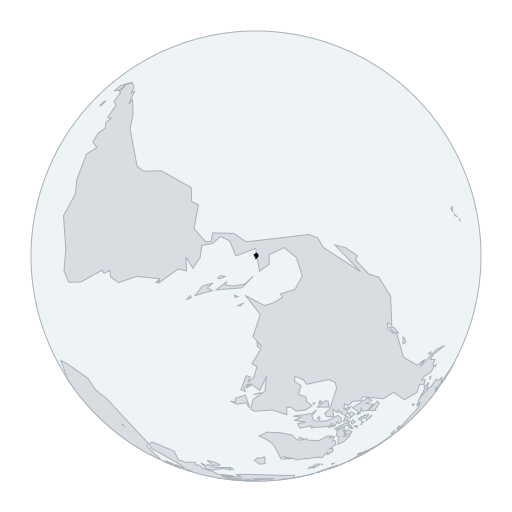 globe centered on Belize, rotated 153°
{"feature_id": "BLZ-1323", "entity_name": "Belize", "entity_type": "District", "adm_level": 1, "iso_a3": "BLZ", "parent_name": "Belize", "parent_adm1": "", "projection": "orthographic", "projection_center": [-88.107, 17.657], "detail": "fine", "context": "on_globe", "style": "filled", "palette": "ink", "viewbox_px": 512, "rotation_deg": 153, "n_neighbors": 0, "source": "natural_earth", "source_scale": "10m", "svg_char_len": 9700}
<svg xmlns="http://www.w3.org/2000/svg" viewBox="0 0 512 512"><g transform="rotate(153 256 256)"><circle cx="256" cy="256" r="225" fill="#eef3f6" stroke="#a8b0b8"/><path d="M294.4,291.5L289.1,289.4L284.1,296.3L265.5,286.2L258.4,273.1L199.2,251.2L192.7,244.1L192.1,232.9L170.1,194.8L180.7,230.0L172.5,222.8L165.6,210.1L169.1,207.3L163.9,188.9L156.3,181.5L154.3,159.1L166.5,132.6L169.2,137.1L171.8,130.8L168.6,125.1L165.8,123.0L170.5,98.8L162.0,85.6L152.5,87.3L160.0,82.9L137.4,90.9L128.4,90.6L142.8,87.6L147.5,84.8L143.5,82.5L147.5,79.3L147.8,76.6L152.9,73.2L160.9,72.4L164.4,70.5L161.4,69.0L164.6,65.3L168.5,67.5L174.5,61.4L189.0,60.6L195.4,72.1L207.6,71.1L225.3,82.4L227.9,79.4L236.2,82.7L242.3,80.8L243.9,84.1L247.4,79.8L244.8,77.2L245.5,74.6L248.9,73.4L251.5,77.1L250.1,78.3L252.6,78.8L252.5,81.4L254.5,79.4L257.2,84.6L259.5,77.9L265.8,80.7L266.3,84.6L259.7,86.2L244.3,101.5L242.7,107.1L247.1,112.8L269.1,118.7L270.0,124.6L276.1,131.1L278.6,126.5L274.8,120.0L280.9,113.8L275.4,107.3L277.1,104.1L274.2,97.2L281.7,96.3L290.6,99.5L293.5,105.4L297.5,107.3L300.5,100.5L311.3,111.3L328.1,118.5L330.1,121.9L323.8,129.5L309.3,131.6L301.1,144.2L313.6,134.5L318.5,144.3L322.3,145.5L326.2,144.4L327.1,140.3L330.3,143.6L319.1,153.8L316.1,150.9L319.7,147.5L312.9,148.9L305.4,157.0L308.4,161.9L293.9,170.9L295.9,174.8L293.8,179.4L291.6,172.3L295.3,185.5L278.7,201.9L283.4,225.8L271.0,207.9L261.8,206.3L250.9,207.2L251.5,211.1L236.4,208.6L223.8,217.2L220.7,236.3L227.1,250.8L243.7,251.1L248.0,242.8L259.9,240.7L252.9,262.9L273.8,265.2L272.6,281.5L278.9,289.6L289.0,286.8L299.5,290.0L306.5,280.0L317.9,273.8L318.9,286.9L324.7,274.2L331.4,279.8L353.8,276.3L352.3,279.6L371.3,291.9L390.6,294.8L395.0,303.2L392.9,309.4L399.3,309.6L399.3,313.3L423.5,312.3L434.8,317.5L433.7,330.2L422.7,347.8L409.2,379.3L388.6,393.5L381.0,405.4L360.8,423.8L348.6,425.0L349.6,431.6L340.9,437.0L332.3,438.5L328.8,443.5L322.3,444.4L325.2,446.9L312.1,454.0L312.6,458.1L302.3,463.1L303.0,465.2L300.1,465.4L296.3,466.6L295.1,467.8L287.4,466.5L288.2,461.3L293.2,458.1L289.4,457.9L300.2,449.4L295.1,451.4L301.0,438.4L310.5,426.3L321.3,389.7L317.6,382.5L301.7,374.9L282.7,346.4L288.6,333.5L284.1,327.7L298.8,308.5L294.4,291.5ZM59.0,211.1L60.4,205.9L61.0,209.8L59.0,211.1ZM60.3,202.4L60.0,204.2L60.1,202.6L60.3,202.4ZM59.8,201.0L60.2,202.0L59.5,201.3L59.8,201.0ZM58.8,199.7L59.4,200.2L59.2,200.3L58.8,199.7ZM283.0,234.1L306.9,243.8L294.1,246.3L296.4,244.0L290.2,239.7L278.9,236.1L267.4,239.3L283.0,234.1ZM57.9,196.3L57.8,195.2L58.5,195.2L57.9,196.3ZM292.0,220.1L287.9,219.5L291.8,219.1L292.0,220.1ZM163.9,122.7L168.1,125.4L169.5,132.1L165.6,130.1L163.9,122.7ZM161.8,111.1L164.9,111.0L161.7,117.0L160.9,115.2L161.8,111.1ZM144.8,89.6L147.4,90.8L143.5,90.9L144.8,89.6ZM147.0,76.8L145.0,77.7L146.0,76.0L147.0,76.8ZM270.2,98.2L272.2,97.7L271.7,99.2L270.2,98.2ZM267.1,95.8L265.2,98.0L263.5,97.2L264.7,95.9L267.1,95.8ZM154.8,69.4L157.1,66.8L156.1,69.3L154.8,69.4ZM269.9,93.5L260.6,95.6L257.6,94.3L259.6,88.3L269.9,93.5ZM159.3,65.2L164.8,59.4L160.8,60.5L175.2,54.8L165.8,61.2L165.2,63.9L162.8,63.5L159.3,65.2ZM242.6,76.9L245.5,79.6L239.9,78.6L242.6,76.9ZM238.9,77.0L220.9,78.8L218.3,74.8L224.8,74.7L219.0,70.8L226.6,67.8L231.5,69.3L231.6,72.5L234.4,69.0L238.9,77.0ZM182.3,52.9L184.8,51.7L183.7,52.9L182.3,52.9ZM245.4,73.5L242.0,74.0L239.5,70.4L245.8,68.8L244.6,70.4L245.4,73.5ZM213.7,71.5L213.0,68.8L218.9,65.5L219.5,64.2L226.5,67.5L213.7,71.5ZM246.9,70.6L249.1,68.1L253.4,68.8L248.5,72.8L246.9,70.6ZM236.2,70.3L235.3,68.6L237.9,69.0L236.2,70.3ZM269.7,70.6L265.7,70.9L264.0,69.0L269.7,70.6ZM249.7,67.1L248.2,66.9L247.1,66.3L249.4,64.9L249.7,67.1ZM230.2,65.1L232.8,64.5L227.6,63.6L231.8,61.5L235.8,64.2L235.9,62.1L237.2,61.5L238.9,64.5L230.2,65.1ZM248.5,61.7L254.9,65.0L262.8,64.7L264.4,66.3L251.6,66.6L248.5,61.7ZM242.7,63.0L246.7,62.5L246.8,64.5L244.1,66.2L242.7,63.0ZM233.3,59.2L225.8,61.7L225.2,61.1L233.3,59.2ZM250.7,61.1L249.1,60.4L251.3,60.9L250.7,61.1ZM238.6,59.2L236.1,60.1L235.4,59.3L238.6,59.2ZM248.1,58.3L250.1,59.3L248.4,60.3L248.1,58.3ZM243.7,58.4L243.5,57.2L246.5,60.1L242.7,58.9L243.7,58.4ZM238.5,58.4L237.3,58.2L239.6,58.1L238.5,58.4ZM253.4,54.2L257.7,57.7L253.8,59.8L250.2,56.0L253.4,54.2ZM299.4,469.4L287.6,467.2L294.6,468.2L301.6,465.7L307.0,467.5L299.4,469.4ZM319.0,462.5L325.8,460.4L326.8,460.8L322.3,462.4L319.0,462.5ZM415.5,96.9L410.2,93.0L415.0,97.5L420.3,101.9L421.4,103.0L421.6,103.3L428.1,110.7L423.7,105.6L415.8,99.9L420.5,108.3L436.2,131.6L436.9,137.0L433.0,137.4L417.5,119.3L417.7,109.6L412.2,104.1L403.8,99.9L404.6,97.6L401.2,95.0L400.4,91.7L391.1,82.3L389.1,79.0L377.5,71.4L374.9,69.0L382.5,73.9L386.7,76.0L380.8,69.3L377.3,66.8L370.2,62.7L369.5,61.8L363.4,58.8L356.1,54.4L359.9,57.6L351.7,54.0L342.9,49.8L340.9,49.5L355.2,56.6L360.2,59.0L363.5,60.0L377.9,68.6L381.7,71.9L369.2,66.0L373.2,70.5L361.7,64.8L330.2,47.5L321.1,43.0L323.0,41.2L329.7,43.4L332.4,44.9L337.2,46.0L333.3,44.6L332.7,44.2L324.7,41.6L323.8,41.2L317.6,39.6L315.7,38.9L319.7,39.9L306.2,36.4L303.7,35.8L319.3,39.8L334.6,44.9L349.6,51.1L364.0,58.3L377.9,66.5L391.2,75.8L403.7,85.9L415.5,96.9ZM296.7,34.4L296.4,34.4L295.7,34.3L296.7,34.4ZM287.7,33.0L287.2,32.9L280.6,32.2L278.5,31.9L280.6,32.1L287.7,33.0ZM279.1,31.9L275.7,31.6L279.1,31.9ZM275.4,31.6L273.0,31.4L270.5,31.2L275.4,31.6ZM268.7,31.1L245.6,32.0L235.2,32.4L237.5,31.7L219.4,34.3L208.9,35.9L210.5,35.8L202.9,37.9L206.0,37.4L206.2,37.5L188.0,44.5L182.1,46.4L176.0,50.7L176.8,50.9L180.8,49.5L175.2,54.8L160.8,60.5L159.7,59.8L151.4,64.5L150.1,62.4L145.3,63.4L148.7,59.5L144.5,61.2L141.7,63.0L134.0,67.2L129.0,69.9L134.9,66.0L145.0,60.0L156.9,56.1L153.1,56.6L157.6,54.4L158.5,53.6L155.5,54.6L152.9,55.9L158.7,52.8L173.5,46.4L188.8,41.0L204.4,36.7L220.3,33.6L236.4,31.6L252.5,30.7L268.7,31.1ZM479.8,230.2L479.9,231.6L477.3,251.4L473.4,246.3L461.4,223.5L459.6,209.4L453.8,196.5L437.1,138.1L439.7,136.3L433.5,118.6L433.8,118.4L441.2,128.3L441.9,128.7L451.6,144.2L460.0,160.4L467.0,177.2L472.7,194.5L477.0,212.2L479.8,230.2ZM450.0,163.4L452.1,167.4L450.0,163.4ZM354.5,276.0L357.3,278.2L353.8,278.8L354.5,276.0ZM292.7,251.9L297.6,251.8L300.2,253.7L296.6,254.7L292.7,251.9ZM332.6,248.3L337.9,248.8L332.5,250.6L332.6,248.3ZM310.5,245.0L328.3,248.4L317.7,253.5L306.5,251.5L314.0,249.6L310.5,245.0ZM290.5,228.0L293.6,228.7L293.0,231.2L290.5,228.0ZM294.8,219.9L293.7,220.2L291.9,218.3L294.8,219.9ZM319.1,143.6L320.1,142.9L324.3,142.7L322.8,144.6L319.1,143.6ZM340.1,132.6L344.8,138.3L340.4,135.2L339.2,138.6L328.5,136.9L330.6,123.6L331.5,129.7L340.1,132.6ZM314.8,131.8L321.3,133.8L314.1,132.2L314.8,131.8ZM383.0,86.3L385.5,86.3L389.8,89.9L392.3,95.9L386.1,90.7L383.0,86.3ZM388.0,85.8L374.9,79.2L372.8,75.7L376.2,78.7L376.2,77.0L381.6,81.4L392.4,85.3L396.9,88.8L399.0,97.0L395.9,92.1L393.6,92.1L388.0,85.8ZM345.1,74.3L339.5,73.0L342.3,66.9L347.3,68.9L350.1,74.6L345.9,75.6L345.1,74.3ZM275.3,83.3L272.9,84.3L272.2,83.1L273.6,81.3L275.3,83.3ZM267.9,70.9L284.9,78.0L283.0,79.4L295.2,82.7L295.0,87.8L287.2,85.3L296.1,92.1L289.0,92.0L295.6,96.4L278.1,90.4L272.1,91.1L278.9,88.3L279.2,83.4L277.5,81.5L268.2,77.0L255.2,76.7L253.5,72.4L255.7,69.5L258.5,68.9L258.8,71.7L262.4,68.9L264.9,72.6L267.9,70.9ZM282.3,46.4L281.4,48.5L289.1,46.3L291.7,48.8L292.4,48.4L296.9,50.4L303.6,52.2L303.8,53.5L306.3,53.7L309.3,55.2L312.8,56.1L314.4,58.8L318.9,60.2L317.1,60.8L324.3,62.5L319.7,62.5L323.1,64.9L325.8,63.6L325.9,79.6L329.5,87.3L335.0,94.1L326.3,94.1L315.5,88.1L305.0,80.0L302.8,73.0L299.2,74.7L297.1,71.9L300.8,71.8L293.9,70.4L293.1,68.2L283.8,63.0L274.2,63.2L270.6,61.5L273.9,60.4L267.9,59.7L271.8,56.6L269.3,55.5L270.6,51.8L278.5,50.8L275.1,49.7L275.9,47.2L282.3,46.4ZM254.1,53.1L263.0,50.6L268.8,51.0L264.1,57.5L265.9,58.9L263.1,63.7L254.7,63.3L256.3,61.8L255.9,60.4L258.7,61.1L256.1,59.5L258.2,57.6L256.8,56.0L260.1,55.6L254.1,53.1ZM430.1,113.5L429.7,112.7L428.0,110.5L432.0,115.4L430.1,113.5ZM425.1,109.7L424.1,108.0L429.0,113.2L429.5,114.4L425.1,109.7ZM419.3,103.1L423.7,107.5L421.6,105.8L419.3,103.1ZM381.1,72.5L379.5,70.9L381.0,71.6L383.8,73.6L381.1,72.5ZM305.6,42.9L304.2,43.4L302.7,43.0L296.0,43.0L293.6,41.5L296.6,40.9L305.6,42.9ZM301.8,41.2L299.4,41.3L299.7,40.6L301.8,41.2ZM291.5,40.4L291.1,39.5L292.5,41.3L291.5,40.4ZM277.6,32.6L289.6,33.9L296.6,34.8L298.0,34.7L301.1,35.8L290.3,34.4L277.6,32.6ZM249.8,31.9L248.6,32.6L245.7,32.5L245.6,32.3L249.8,31.9ZM251.5,32.2L256.5,32.9L253.6,33.5L250.2,32.7L251.5,32.2ZM279.6,35.7L283.3,36.1L283.0,36.6L279.6,35.7ZM183.1,51.7L184.6,51.7L182.1,52.5L183.1,51.7ZM208.1,37.2L207.9,37.6L204.9,38.3L208.1,37.2ZM205.7,39.3L209.2,38.3L206.4,39.5L205.7,39.3ZM216.9,36.2L211.0,37.9L215.4,36.1L216.9,36.2Z" fill="#d9dde1" stroke="#a8b0b8" stroke-width="1"/><path d="M255.8,254.8L255.6,255.1L255.6,255.5L255.5,255.9L255.4,256.1L255.3,256.3L255.5,256.4L255.5,256.5L255.8,256.6L255.7,256.6L255.3,257.2L255.3,257.6L255.3,257.9L255.3,258.0L255.2,258.1L254.1,258.2L254.3,258.1L254.3,257.9L254.3,257.7L254.2,256.7L254.1,256.8L254.0,256.2L254.1,255.9L254.3,255.9L254.3,255.7L254.3,255.4L254.3,255.2L254.5,255.0L255.3,254.8L255.8,254.8ZM256.7,254.5L256.6,254.9L256.5,255.0L256.4,255.0L256.6,254.9L256.6,254.7L256.6,254.4L256.8,254.0L257.0,254.0L256.9,254.2L256.8,254.4L256.8,254.5L256.7,254.5L256.7,254.5ZM257.0,256.4L257.1,256.5L257.1,256.8L257.0,257.0L256.9,256.9L256.9,257.0L256.7,257.3L256.7,257.5L256.6,257.4L256.7,257.2L256.7,256.9L256.8,256.9L256.9,256.7L257.0,256.7L257.0,256.8L257.1,256.7L257.0,256.4ZM255.8,255.9L256.1,255.7L256.1,255.8L255.9,255.9L255.8,256.0L255.8,255.9L255.8,255.9ZM257.0,257.1L257.2,257.3L257.1,257.2L257.0,257.1ZM256.0,256.5L256.1,256.8L256.1,256.7L256.0,256.5ZM256.1,256.1L256.2,256.4L256.1,256.1ZM256.9,253.8L256.8,254.0L256.8,253.9L256.9,253.8ZM256.6,254.2L256.6,254.3L256.6,254.2L256.6,254.2Z" fill="#0f172a" stroke="#020617" stroke-width="1.5"/></g></svg>